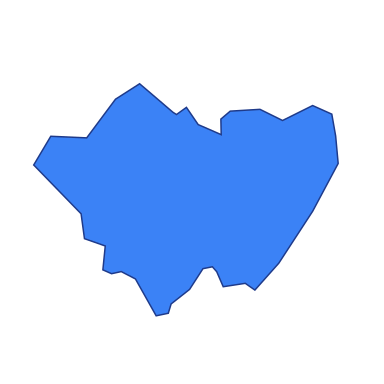 SVG path tracing the border of Milton Keynes, rotated 260°
{"feature_id": "GBR-2038", "entity_name": "Milton Keynes", "entity_type": "Unitary Authority", "adm_level": 1, "iso_a3": "GBR", "parent_name": "United Kingdom", "parent_adm1": "", "projection": "orthographic", "projection_center": [-0.733, 52.07], "detail": "fine", "context": "isolated", "style": "filled", "palette": "blue", "viewbox_px": 384, "rotation_deg": 260, "n_neighbors": 0, "source": "natural_earth", "source_scale": "10m", "svg_char_len": 612}
<svg xmlns="http://www.w3.org/2000/svg" viewBox="0 0 384 384"><g transform="rotate(260 192 192)"><path d="M222.2,343.2L194.7,340.9L152.1,307.5L106.8,265.1L84.5,236.9L92.8,228.6L93.3,206.3L109.2,202.5L114.8,199.1L114.6,189.5L96.5,172.7L85.4,152.0L76.7,147.6L76.3,135.2L116.2,121.2L125.9,108.5L125.5,98.6L130.8,90.7L153.9,97.2L164.7,78.0L189.8,79.0L246.1,40.8L271.4,62.6L263.6,97.7L296.7,132.8L307.7,159.2L273.8,187.1L271.0,190.2L276.3,201.2L257.3,209.8L243.4,230.7L258.8,233.1L265.0,243.7L261.6,273.3L246.7,293.6L256.2,325.8L244.4,343.2L222.2,343.2Z" fill="#3b82f6" stroke="#1e3a8a" stroke-width="1.5"/></g></svg>